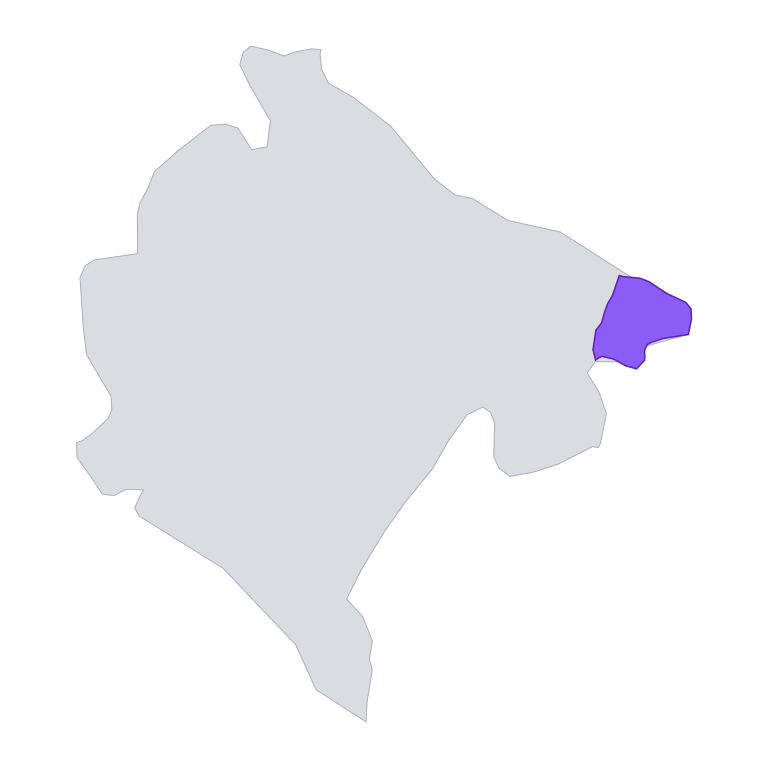 Rožaje on a map of Montenegro (Natural Earth projection)
{"feature_id": "MNE-1501", "entity_name": "Rožaje", "entity_type": "Municipality", "adm_level": 1, "iso_a3": "MNE", "parent_name": "Montenegro", "parent_adm1": "", "projection": "natural_earth1", "projection_center": [20.185, 42.858], "detail": "fine", "context": "in_parent", "style": "filled", "palette": "violet", "viewbox_px": 768, "rotation_deg": 0, "n_neighbors": 0, "source": "natural_earth", "source_scale": "10m", "svg_char_len": 1634}
<svg xmlns="http://www.w3.org/2000/svg" viewBox="0 0 768 768"><path d="M321.0,49.7L320.1,54.7L321.6,69.2L328.6,83.3L354.0,97.8L391.0,126.5L434.6,179.2L454.7,194.8L472.7,198.7L507.9,220.5L532.5,225.9L560.0,231.9L631.6,277.5L663.7,290.9L686.6,308.1L689.1,324.3L688.0,334.3L646.7,346.0L639.5,363.9L619.4,361.8L595.2,361.7L587.2,373.0L598.8,391.7L606.4,413.6L600.3,443.7L598.2,447.7L592.4,446.6L558.2,464.1L532.7,472.3L509.8,476.4L499.0,468.0L493.7,456.6L494.7,423.6L490.5,412.4L482.7,407.0L467.0,414.8L448.7,440.3L431.7,470.0L406.1,501.0L385.0,530.7L362.2,568.1L346.6,599.1L362.7,616.6L372.4,641.0L369.4,659.2L372.2,669.9L367.1,701.8L366.1,721.9L316.0,689.7L295.6,644.5L222.7,568.0L139.1,516.0L134.7,507.8L139.3,497.8L143.4,489.9L126.0,489.3L113.7,495.7L102.2,493.9L89.2,474.4L77.0,457.5L76.5,442.6L82.1,440.7L90.6,434.8L108.3,418.2L111.8,409.5L111.1,396.4L86.6,354.8L83.3,327.8L80.0,277.6L85.3,265.7L94.4,259.9L137.7,253.6L137.3,214.5L140.0,202.8L148.7,186.6L154.3,171.7L178.4,150.4L211.1,125.1L225.3,124.3L237.7,127.9L251.7,149.7L267.0,146.8L270.4,120.7L250.4,86.4L239.8,64.5L243.2,52.4L250.8,46.1L268.0,50.0L284.5,56.0L294.9,52.0L311.4,48.9L321.0,49.7Z" fill="#d9dde1" stroke="#a8b0b8" stroke-width="1"/><path d="M688.4,334.5L680.0,335.8L662.5,338.6L650.2,342.8L647.5,344.5L644.8,348.9L644.5,352.8L645.0,356.5L644.5,360.4L636.5,368.8L625.7,365.8L613.7,359.1L602.2,356.3L598.6,357.9L595.6,360.2L593.0,349.6L595.9,330.2L601.6,322.8L604.6,311.9L607.5,304.0L612.5,295.4L619.3,275.5L622.9,276.6L640.1,278.2L649.3,281.9L666.0,293.1L685.7,302.4L691.0,308.8L691.5,318.8L688.4,334.5Z" fill="#8b5cf6" stroke="#5b21b6" stroke-width="1.5"/></svg>